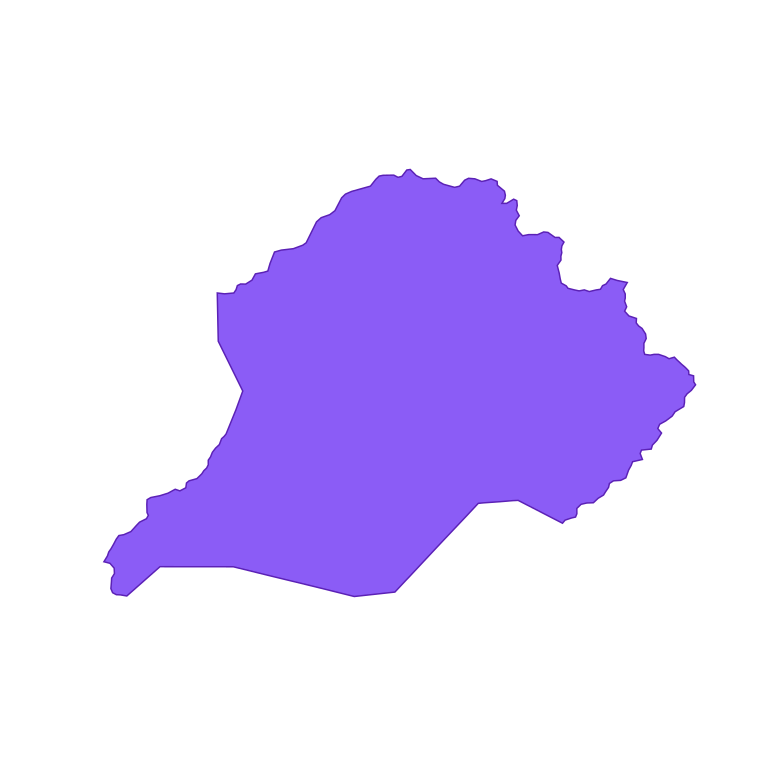 the district of São José do Belmonte, Pernambuco, Brazil, rotated 80°
{"feature_id": "56859067B2829492524896", "entity_name": "São José do Belmonte", "entity_type": "district", "adm_level": 2, "iso_a3": "BRA", "parent_name": "Brazil", "parent_adm1": "Pernambuco", "projection": "natural_earth1", "projection_center": [-38.766, -7.884], "detail": "fine", "context": "isolated", "style": "filled", "palette": "violet", "viewbox_px": 768, "rotation_deg": 80, "n_neighbors": 0, "source": "geoboundaries", "source_scale": "gbopen_adm2", "svg_char_len": 2927}
<svg xmlns="http://www.w3.org/2000/svg" viewBox="0 0 768 768"><g transform="rotate(80 384 384)"><path d="M250.2,227.3L245.8,225.8L241.8,221.6L235.8,223.5L231.4,221.8L226.5,221.4L224.5,224.2L227.4,231.8L226.6,236.5L222.4,232.8L219.2,231.7L215.0,231.9L208.0,237.8L204.1,237.4L200.6,242.9L201.4,248.6L201.5,252.6L197.7,258.9L196.1,265.0L197.3,269.2L202.3,275.2L202.6,280.3L197.7,290.6L194.6,294.4L190.3,297.4L188.7,309.9L184.3,316.1L177.3,320.9L177.2,324.4L182.6,330.3L182.9,334.3L180.0,338.1L178.3,348.7L178.4,352.7L181.0,356.5L186.8,363.0L188.7,382.3L190.3,389.0L193.3,393.4L204.8,402.2L207.8,408.0L209.3,417.0L212.6,422.3L231.4,436.1L233.2,439.9L235.0,449.8L234.3,461.9L235.0,468.9L245.5,475.3L252.6,478.8L253.1,483.1L253.2,491.5L258.8,496.0L261.6,502.9L260.6,507.8L261.6,511.3L265.4,513.3L268.3,516.1L267.5,525.4L265.4,532.4L291.2,536.4L313.1,539.8L366.4,524.3L383.7,534.3L405.8,548.2L407.9,550.6L409.6,553.4L415.1,556.7L417.9,561.0L421.5,564.9L425.7,567.5L428.5,570.3L433.1,571.1L436.0,573.3L438.1,576.5L440.8,579.0L442.6,581.6L444.7,584.7L445.5,592.8L447.2,595.7L451.8,597.2L453.8,603.6L451.4,607.9L454.0,615.6L455.1,624.1L455.3,633.4L456.8,637.4L461.5,638.5L469.5,639.7L472.4,638.9L475.4,641.3L477.6,648.7L480.4,652.5L483.0,655.8L485.4,658.9L487.2,666.4L487.2,671.4L490.4,674.7L494.7,678.0L498.9,681.5L501.6,684.2L505.3,686.2L510.4,690.7L513.0,685.0L518.5,681.7L523.9,682.4L527.8,685.9L531.6,686.8L538.1,688.5L542.4,687.5L545.0,684.2L545.9,680.2L548.1,674.1L525.0,636.3L527.7,621.3L537.8,564.2L553.3,529.1L571.6,487.3L588.1,450.2L590.8,409.4L580.9,396.2L578.5,392.9L554.6,361.1L547.2,351.2L528.0,325.3L517.9,311.9L518.3,306.8L520.1,289.7L521.2,277.6L521.9,272.1L552.1,232.4L549.5,229.3L548.5,222.5L548.3,218.5L545.3,216.6L540.0,215.7L536.7,210.8L536.4,204.9L537.3,198.4L533.7,192.9L531.5,187.1L528.8,184.7L524.8,180.8L521.1,179.3L519.2,174.8L520.0,167.7L518.4,162.1L511.3,158.1L507.1,154.7L503.7,152.7L503.2,142.6L496.9,143.8L493.8,141.9L494.5,132.1L490.8,130.3L486.8,124.9L480.5,119.2L475.4,122.1L471.5,119.5L469.3,113.0L465.6,105.7L461.9,102.2L458.2,92.7L454.5,91.3L449.3,90.3L446.3,87.2L443.6,82.4L438.9,77.3L435.7,78.6L429.7,77.7L427.6,82.1L424.0,81.7L420.0,84.4L416.1,87.6L411.0,91.4L408.0,93.4L408.6,98.9L405.9,102.2L402.5,108.4L401.7,113.0L401.8,116.8L400.1,122.1L396.5,122.5L393.2,121.7L389.1,121.0L384.8,117.9L380.2,117.7L374.1,120.2L371.0,123.2L367.6,125.0L363.3,124.0L359.5,131.0L354.1,134.4L350.1,131.6L344.2,132.7L341.3,131.5L337.2,130.8L332.5,132.0L326.3,126.8L322.5,136.4L319.3,142.6L324.1,148.0L325.1,151.7L328.3,154.4L328.2,158.7L328.6,165.8L326.1,170.4L326.2,175.7L324.5,179.9L321.7,186.2L319.0,187.5L315.4,191.9L311.0,192.2L305.2,192.2L297.3,192.8L292.7,188.2L288.8,187.6L285.6,186.1L282.3,186.0L278.8,184.8L275.5,182.1L270.0,186.2L269.4,190.1L263.2,196.2L262.0,200.3L263.6,206.9L262.8,211.0L262.0,215.5L262.1,221.8L256.7,225.3L250.2,227.3Z" fill="#8b5cf6" stroke="#5b21b6" stroke-width="1.5"/></g></svg>